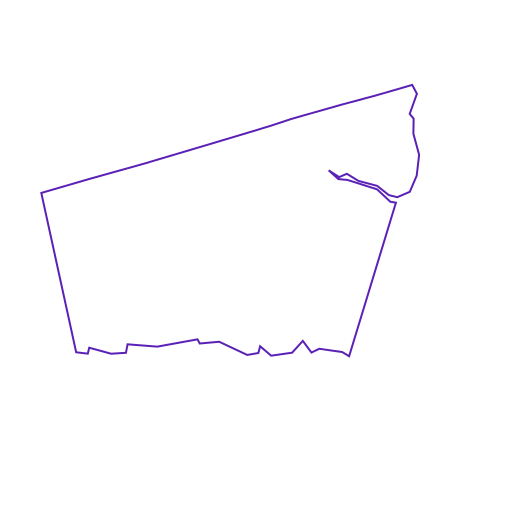 outline of Mecklenburg, Virginia, United States of America, rotated 164°
{"feature_id": "52423323B47547270594160", "entity_name": "Mecklenburg", "entity_type": "district", "adm_level": 2, "iso_a3": "USA", "parent_name": "United States of America", "parent_adm1": "Virginia", "projection": "natural_earth1", "projection_center": [-78.439, 36.716], "detail": "fine", "context": "isolated", "style": "outline", "palette": "violet", "viewbox_px": 512, "rotation_deg": 164, "n_neighbors": 0, "source": "geoboundaries", "source_scale": "gbopen_adm2", "svg_char_len": 864}
<svg xmlns="http://www.w3.org/2000/svg" viewBox="0 0 512 512"><g transform="rotate(164 256 256)"><path d="M445.0,375.8L455.4,213.0L444.6,208.5L441.6,213.8L422.2,202.0L407.7,198.8L403.8,206.5L375.9,196.1L335.2,192.0L334.2,187.4L315.0,183.7L291.7,163.3L280.5,162.1L276.9,168.1L268.9,156.0L247.9,153.1L234.4,161.5L229.3,147.9L220.8,149.4L199.6,139.9L194.1,134.0L106.8,268.7L111.9,271.1L121.2,286.7L147.3,304.0L155.6,307.2L162.5,318.3L154.3,308.9L146.0,310.0L136.9,300.0L120.2,290.0L111.5,277.9L104.0,273.6L90.5,275.3L79.4,288.9L71.3,308.3L71.0,330.2L66.6,344.6L69.1,350.2L56.6,367.6L58.7,377.4L94.7,377.3L98.5,377.3L103.2,377.4L131.0,377.9L171.6,378.0L173.5,378.0L184.6,378.0L206.4,377.1L206.6,377.1L214.3,377.0L223.2,376.8L225.9,376.8L289.0,376.1L332.4,375.7L333.1,375.6L396.1,376.0L396.3,376.0L445.0,375.8Z" fill="none" stroke="#5b21b6" stroke-width="2"/></g></svg>